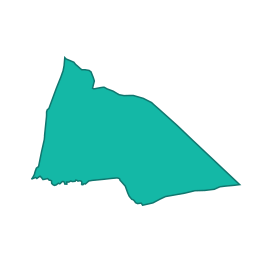 the district of Al Qureisha, Gedarif, Sudan, rotated 172°
{"feature_id": "16777658B80860182226455", "entity_name": "Al Qureisha", "entity_type": "district", "adm_level": 2, "iso_a3": "SDN", "parent_name": "Sudan", "parent_adm1": "Gedarif", "projection": "albers", "projection_center": [36.204, 13.665], "detail": "fine", "context": "isolated", "style": "filled", "palette": "teal", "viewbox_px": 256, "rotation_deg": 172, "n_neighbors": 0, "source": "geoboundaries", "source_scale": "gbopen_adm2", "svg_char_len": 2003}
<svg xmlns="http://www.w3.org/2000/svg" viewBox="0 0 256 256"><g transform="rotate(172 128 128)"><path d="M25.3,56.4L65.6,106.7L78.7,123.3L88.7,135.2L94.6,142.2L97.2,145.2L99.0,147.3L101.0,149.8L108.7,155.2L118.3,159.5L120.7,159.8L122.2,160.0L123.8,160.2L127.4,160.6L132.2,162.2L135.8,165.1L137.5,166.5L138.4,167.0L143.2,169.6L145.3,171.2L146.0,171.7L147.0,171.8L148.5,171.8L149.6,171.8L155.7,171.5L156.6,171.6L157.6,172.3L156.2,175.8L154.8,179.2L155.1,181.2L155.5,183.4L155.8,184.5L156.8,188.7L158.5,190.4L162.5,191.7L165.6,192.1L167.0,193.5L169.4,196.4L171.1,198.3L172.5,200.7L176.5,203.1L179.6,204.9L180.8,206.5L181.1,205.2L182.6,198.7L184.5,193.2L185.0,192.4L187.5,187.6L192.8,178.4L193.7,176.8L203.3,158.9L203.8,158.2L205.4,157.3L206.4,155.3L206.8,152.4L207.2,150.3L211.7,132.0L211.7,131.6L212.5,128.2L217.0,116.3L221.1,104.6L221.2,104.4L221.6,103.1L222.2,102.0L223.1,101.7L224.4,100.9L225.2,99.3L225.4,99.0L226.4,97.0L227.1,95.2L228.2,93.6L229.5,91.9L230.7,90.8L228.4,91.4L226.3,91.9L225.3,90.7L223.3,91.8L221.8,92.5L220.5,90.8L219.4,88.8L218.1,88.8L214.7,89.1L213.9,88.2L213.3,87.3L212.2,87.1L211.1,86.3L211.2,85.1L211.3,83.8L210.4,82.5L208.9,81.4L207.8,81.5L207.1,81.6L205.9,82.3L204.7,83.0L203.6,82.3L202.8,82.4L201.9,83.2L200.5,84.1L199.7,84.1L198.8,83.5L198.5,82.3L198.4,81.3L196.4,80.9L196.2,82.1L196.3,83.0L194.1,82.7L192.0,83.5L190.6,82.7L188.6,82.6L187.6,82.7L186.9,83.7L185.6,83.1L185.0,82.4L184.1,82.4L183.3,82.5L182.3,82.2L181.4,81.4L181.3,80.0L181.8,78.9L181.4,78.2L180.3,78.2L179.8,78.8L179.1,78.9L178.0,78.5L175.7,80.0L174.2,81.0L170.7,81.1L159.4,80.6L151.9,80.4L145.7,80.1L144.3,79.5L143.4,78.9L143.2,77.9L143.1,77.2L142.6,76.6L141.4,74.8L138.8,70.8L137.3,63.7L136.3,60.3L135.1,58.3L134.2,56.9L132.7,56.1L131.7,54.7L130.9,53.0L129.0,51.8L126.7,51.8L125.5,51.8L125.0,51.1L124.3,49.5L121.8,49.7L118.0,50.0L113.7,50.4L106.2,53.1L100.4,54.9L80.7,55.6L70.5,56.6L60.7,55.5L51.1,55.3L45.2,57.0L39.5,56.9L31.2,56.5L25.3,56.4Z" fill="#14b8a6" stroke="#0f766e" stroke-width="1.5"/></g></svg>